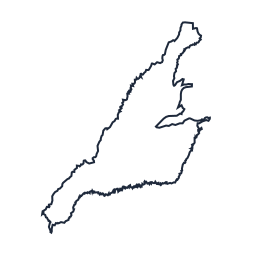 the district of Armenia, Quindío, Colombia, rotated 183°
{"feature_id": "7082276B37596185991621", "entity_name": "Armenia", "entity_type": "district", "adm_level": 2, "iso_a3": "COL", "parent_name": "Colombia", "parent_adm1": "Quindío", "projection": "robinson", "projection_center": [-75.71, 4.492], "detail": "fine", "context": "isolated", "style": "outline", "palette": "slate", "viewbox_px": 256, "rotation_deg": 183, "n_neighbors": 0, "source": "geoboundaries", "source_scale": "gbopen_adm2", "svg_char_len": 5696}
<svg xmlns="http://www.w3.org/2000/svg" viewBox="0 0 256 256"><g transform="rotate(183 128 128)"><path d="M102.2,73.8L102.3,75.1L101.2,75.2L100.1,74.3L98.5,74.4L97.9,75.8L96.3,73.6L95.8,73.6L95.5,74.5L94.9,74.8L94.3,73.5L93.2,73.4L92.3,72.7L91.9,73.2L92.3,74.4L91.2,74.0L90.5,74.8L89.4,74.4L87.2,76.0L86.6,75.9L86.8,74.7L86.2,74.8L85.8,74.3L83.1,75.4L81.7,74.9L79.4,76.1L78.1,76.0L77.2,78.1L76.6,78.4L76.9,78.7L76.4,79.5L75.7,79.4L74.9,80.4L74.6,81.3L74.8,82.0L73.8,83.7L74.2,85.0L72.5,85.5L72.1,87.2L72.5,88.1L71.7,88.5L72.0,90.3L71.4,94.3L70.3,96.2L69.4,96.0L68.9,96.6L69.1,98.4L68.4,98.8L68.3,99.8L67.0,101.2L65.8,104.2L65.1,107.1L63.7,108.9L62.9,108.9L63.1,110.3L63.8,110.6L62.8,110.9L63.3,111.8L62.6,112.4L63.0,113.5L62.4,114.2L63.0,114.8L61.2,115.9L60.7,116.9L61.0,121.5L60.4,121.5L60.3,122.6L59.9,121.9L59.2,122.2L58.7,124.7L57.6,125.4L56.7,126.7L57.7,128.5L57.9,129.8L57.7,130.0L56.4,129.0L55.9,129.9L54.3,130.8L54.7,131.9L56.0,130.8L57.1,131.0L58.9,133.8L58.7,136.4L57.2,136.4L54.0,138.5L50.3,140.0L48.0,139.4L46.8,141.4L46.8,142.6L48.4,142.2L49.2,142.8L50.5,142.7L51.7,142.0L52.5,140.3L54.7,140.5L55.3,139.7L58.8,138.8L62.0,139.0L66.4,140.8L67.5,140.8L72.0,138.3L73.7,135.5L76.5,135.4L80.8,133.5L84.1,134.2L87.3,132.2L90.1,132.4L96.7,129.9L99.4,130.2L100.2,130.9L92.9,139.2L90.5,141.1L87.9,142.1L79.9,142.8L76.8,145.1L75.2,144.7L75.1,146.2L73.8,147.5L72.7,149.8L74.4,150.9L75.7,153.5L79.2,151.0L78.5,153.2L78.2,153.0L77.7,156.5L76.7,158.9L77.0,164.7L76.7,167.3L75.9,169.2L74.4,170.9L72.4,171.8L66.4,172.8L66.4,175.1L70.0,175.1L72.3,174.4L74.2,174.4L76.4,173.5L74.9,179.5L76.2,179.8L78.5,177.8L81.5,176.3L83.3,173.2L84.2,172.6L84.9,173.5L85.5,177.3L84.3,180.2L84.8,182.0L84.5,185.3L83.0,187.2L83.5,189.6L82.3,190.8L82.4,191.9L82.0,192.6L82.4,193.3L81.5,194.2L82.4,195.8L81.9,197.1L82.3,198.9L80.9,200.0L80.7,202.6L78.8,203.5L79.1,204.6L77.6,205.3L76.4,207.2L75.9,207.5L76.2,208.4L75.4,208.8L75.7,209.7L74.8,209.8L74.6,210.5L72.4,211.7L71.1,211.6L70.5,213.2L69.7,213.9L68.5,214.1L67.5,214.9L66.0,214.5L65.7,215.9L64.6,215.3L63.9,216.8L62.4,217.0L61.7,217.9L61.4,218.9L60.0,220.1L61.1,221.3L60.1,222.2L59.9,224.1L61.2,224.7L62.5,225.9L63.6,228.1L64.3,231.2L65.3,231.4L68.3,230.5L68.7,236.1L76.6,236.5L78.7,236.2L80.0,234.2L80.0,232.9L80.8,230.8L80.8,228.1L81.9,226.1L81.9,224.1L83.5,220.5L86.1,217.3L86.9,218.0L87.6,218.0L89.2,216.7L91.8,215.7L94.4,208.0L95.0,203.7L95.6,203.0L96.9,202.7L97.3,201.7L97.4,199.5L96.8,197.4L97.4,195.6L99.3,194.5L102.4,195.2L104.7,192.9L107.0,193.7L107.6,193.6L108.2,191.2L110.2,187.3L110.9,186.9L112.9,187.0L113.5,185.0L114.6,184.1L115.8,182.2L116.4,182.0L117.7,182.9L118.2,182.7L118.3,181.4L117.5,179.5L118.7,180.3L119.3,178.6L120.4,177.6L121.0,177.6L122.0,178.6L122.2,176.8L123.7,176.6L123.4,174.2L123.8,172.9L124.4,172.4L125.9,172.4L125.1,170.2L127.3,170.6L127.1,169.5L127.5,168.5L126.6,166.9L126.9,166.3L127.6,166.4L127.4,164.3L127.9,164.1L129.0,165.1L129.8,163.9L128.9,162.3L130.5,162.2L130.1,159.5L130.6,156.5L131.8,155.7L134.5,156.0L133.9,154.0L135.1,152.7L134.2,151.3L134.9,149.9L136.8,148.8L136.8,148.3L135.6,148.1L135.4,147.3L137.7,145.4L136.3,144.2L137.9,143.4L138.9,140.6L138.5,136.8L140.1,136.8L140.8,136.3L141.8,134.2L143.6,132.9L146.0,128.0L148.7,125.7L149.1,126.7L150.6,126.5L152.5,124.1L153.0,119.7L154.0,118.6L154.7,115.6L154.5,114.7L155.9,112.8L157.5,108.6L156.7,103.5L158.0,100.4L158.3,98.2L159.0,97.2L160.6,97.0L161.7,96.0L161.6,95.0L160.3,93.5L160.1,92.0L164.9,90.5L167.8,91.8L168.9,93.4L170.1,93.3L170.5,93.0L170.6,90.3L171.6,89.2L173.1,89.2L173.3,88.1L174.2,87.1L174.9,87.6L177.1,87.8L176.9,85.4L179.3,83.5L179.3,81.3L181.1,81.4L181.8,80.7L182.0,77.1L183.8,75.4L184.1,74.6L185.8,73.8L190.0,69.8L190.6,68.6L190.7,66.4L192.9,63.9L194.5,63.4L195.2,61.6L197.4,60.3L198.8,58.4L200.1,55.9L199.7,51.5L200.6,47.9L203.0,47.3L203.1,46.6L202.3,45.5L202.6,44.8L204.9,45.0L205.9,42.4L208.9,40.4L209.2,37.4L208.0,38.6L208.0,37.8L206.1,36.8L205.3,34.5L204.2,34.2L203.1,32.1L202.0,31.4L202.2,30.9L200.7,30.4L200.5,29.7L201.1,28.8L201.8,25.1L199.9,21.0L200.0,20.0L199.1,19.5L198.7,20.9L198.9,23.2L198.2,27.4L196.1,27.0L195.0,29.3L193.6,29.0L193.1,29.5L192.3,29.2L190.0,30.5L186.6,30.0L185.4,31.7L182.6,33.1L182.4,34.8L181.7,35.2L181.6,36.1L180.6,36.5L179.9,38.0L180.5,39.9L178.3,41.7L177.6,44.1L178.3,44.3L178.6,45.9L177.6,48.7L176.7,48.9L176.3,50.3L176.7,50.9L176.2,51.1L175.8,52.4L173.9,53.8L173.1,56.6L172.5,56.2L172.1,56.8L172.2,58.0L171.0,57.7L168.9,60.4L168.0,60.1L167.7,61.1L166.0,61.0L165.3,61.5L165.0,60.9L164.0,61.6L162.8,60.9L162.7,62.4L160.9,63.4L160.5,62.3L160.3,63.4L159.4,62.0L159.0,62.9L158.4,62.8L158.5,61.7L154.4,62.3L154.3,61.2L153.4,61.2L152.9,60.3L152.2,61.3L151.4,60.3L150.3,61.4L149.8,61.4L149.1,61.0L149.2,60.2L148.4,60.0L148.3,59.2L147.8,59.0L146.6,60.7L144.7,59.8L143.9,61.4L143.7,60.3L142.6,60.6L142.3,61.8L140.3,62.8L139.7,64.1L139.0,62.7L138.4,62.7L138.5,63.5L137.8,63.3L137.7,64.1L138.4,64.6L138.0,65.1L138.8,65.5L138.4,66.1L136.7,66.0L135.7,66.8L135.1,66.8L134.4,63.9L133.9,64.5L133.8,66.1L132.9,66.4L132.4,67.8L132.2,65.4L131.5,65.8L130.8,65.4L130.4,66.2L130.4,68.4L129.8,69.3L129.3,69.3L129.3,68.3L128.6,67.9L128.2,68.1L128.3,68.9L127.6,68.8L128.0,67.8L127.6,67.4L126.7,68.4L125.5,68.2L124.8,69.3L124.1,68.8L124.2,70.1L122.9,71.0L122.5,69.5L121.6,68.8L120.5,69.1L120.2,68.2L118.9,70.2L118.5,70.2L118.6,69.0L117.9,69.3L116.5,71.6L116.0,70.9L116.0,69.4L115.5,69.2L115.2,69.7L115.5,71.9L115.0,72.0L114.5,71.2L113.9,72.2L113.5,71.9L113.8,70.6L112.3,69.6L112.0,70.2L111.3,70.2L111.5,71.4L110.7,72.0L110.7,73.0L109.6,72.3L108.4,73.0L108.2,73.9L108.9,74.9L108.6,75.5L107.8,74.3L107.3,74.6L107.6,75.3L107.1,75.4L105.7,73.5L104.6,74.1L103.7,73.0L103.1,74.5L102.2,73.8Z" fill="none" stroke="#1e293b" stroke-width="2"/></g></svg>